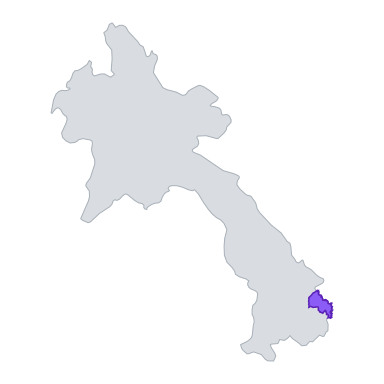 location of Dakcheung, Xékong, Laos
{"feature_id": "54806243B33031915083472", "entity_name": "Dakcheung", "entity_type": "district", "adm_level": 2, "iso_a3": "LAO", "parent_name": "Laos", "parent_adm1": "Xékong", "projection": "mercator", "projection_center": [107.512, 15.387], "detail": "fine", "context": "in_parent", "style": "filled", "palette": "violet", "viewbox_px": 384, "rotation_deg": 0, "n_neighbors": 0, "source": "geoboundaries", "source_scale": "gbopen_adm2", "svg_char_len": 7727}
<svg xmlns="http://www.w3.org/2000/svg" viewBox="0 0 384 384"><path d="M126.3,27.7L128.4,31.6L138.1,42.0L139.8,44.8L143.3,46.9L146.3,56.1L147.5,56.7L149.2,56.0L150.4,54.7L151.4,51.2L152.1,50.8L153.2,53.7L155.9,54.6L157.1,55.9L157.4,58.1L157.0,60.4L154.7,65.6L153.4,72.6L162.8,87.6L166.8,89.6L176.3,92.1L182.7,95.4L185.7,94.6L188.5,90.9L191.9,88.8L198.3,85.6L200.1,85.4L203.6,86.7L209.4,90.4L218.1,97.4L217.8,99.2L216.3,101.0L211.6,103.8L210.1,105.6L211.0,106.2L214.9,106.7L219.5,108.2L220.9,110.1L221.7,114.2L222.5,115.0L226.7,114.5L228.0,115.1L229.6,116.4L231.1,119.9L231.0,122.4L226.8,127.0L226.3,129.7L224.1,132.9L218.3,138.3L216.8,138.6L206.1,135.7L197.5,136.1L196.8,137.2L198.3,140.5L198.7,143.7L197.4,146.2L192.5,149.4L192.3,150.8L193.3,152.2L200.4,155.1L223.1,170.6L233.5,173.6L238.0,175.5L239.2,176.6L239.2,178.0L238.0,179.7L237.0,182.7L236.9,184.6L238.0,186.3L239.8,188.9L246.2,194.8L250.9,196.2L255.7,202.9L257.2,208.8L259.6,212.6L271.4,225.2L281.2,233.0L287.1,241.4L289.9,243.3L290.8,246.3L291.6,255.1L295.0,259.5L295.7,261.3L297.2,262.6L298.8,262.9L302.3,260.0L303.0,260.4L304.5,265.0L305.9,266.7L311.1,269.6L316.7,275.2L319.6,277.2L323.3,278.8L323.9,280.6L323.2,282.4L322.0,283.5L315.6,286.8L314.7,288.2L319.0,295.3L329.6,304.1L332.9,309.4L332.2,311.9L329.3,317.1L327.1,318.5L326.5,320.1L328.1,324.3L327.9,330.7L325.9,332.3L324.0,336.2L322.7,336.5L319.5,335.1L312.6,341.8L309.7,341.5L306.2,345.3L301.8,345.8L298.7,343.0L292.2,338.4L289.9,335.6L287.8,338.1L284.4,340.4L279.6,339.6L278.3,343.0L277.3,343.6L271.4,344.1L270.3,344.7L271.3,347.8L274.7,353.0L275.8,356.0L273.6,361.0L267.6,360.8L264.8,358.8L261.4,354.6L253.6,351.9L248.4,353.8L246.8,353.7L242.9,350.2L241.5,347.9L240.6,344.6L246.5,341.8L249.5,339.7L251.5,337.5L252.3,335.1L253.3,325.4L254.2,321.9L253.7,317.7L252.1,314.4L252.1,309.4L252.9,305.3L255.2,303.3L256.8,300.4L257.7,293.8L257.0,292.2L254.8,290.5L251.0,289.0L248.7,287.1L247.7,284.8L247.8,282.7L248.9,281.0L246.1,279.0L239.3,276.8L235.5,274.3L234.7,271.2L231.9,267.3L227.0,262.3L224.4,255.3L224.1,246.0L224.7,238.5L226.9,229.7L224.0,223.4L220.9,220.1L216.5,217.6L212.3,214.1L208.4,209.5L203.7,202.7L198.2,193.7L194.5,189.7L192.6,190.7L188.6,189.8L182.5,187.2L177.2,185.8L172.7,185.6L169.7,186.2L168.4,187.6L168.2,188.9L169.4,190.3L168.8,191.3L166.4,192.1L164.5,193.6L162.4,196.8L160.9,201.2L158.6,202.8L155.2,203.2L151.7,204.4L148.4,206.5L146.8,208.1L147.0,209.2L146.3,209.4L144.6,208.8L143.8,207.4L143.9,205.2L142.2,203.6L138.7,202.9L134.7,200.5L127.1,194.3L125.3,194.0L122.8,195.6L119.6,199.1L116.9,200.4L114.8,199.7L113.1,201.0L112.0,204.1L109.9,206.6L99.6,213.3L90.4,221.9L88.1,222.7L82.5,220.3L80.7,218.6L88.4,201.0L89.5,196.7L89.3,191.0L86.0,186.3L85.9,184.9L86.4,183.4L90.3,177.9L94.9,163.7L94.6,159.3L92.6,154.5L91.5,149.9L92.4,143.6L92.1,141.1L89.9,139.9L82.9,138.6L78.8,139.7L76.9,141.4L74.6,142.5L70.1,143.0L66.0,140.9L62.5,137.3L61.6,132.9L66.0,123.3L67.1,119.6L66.9,117.9L66.2,116.1L65.1,115.8L62.9,113.6L60.7,109.6L58.6,107.8L56.7,108.1L54.9,109.6L52.0,113.4L51.1,112.9L53.6,99.7L56.1,94.0L58.9,91.4L62.0,90.3L65.2,90.7L67.9,90.2L70.0,88.9L69.9,88.1L67.3,87.9L66.3,86.4L66.8,83.5L67.9,81.7L69.7,80.9L71.4,78.0L73.0,73.2L75.0,70.7L77.4,70.6L81.4,68.6L87.2,64.4L89.3,60.5L91.5,62.3L90.7,66.9L91.8,67.9L92.4,69.5L92.1,72.1L92.5,74.3L93.4,75.3L94.7,75.9L100.7,74.0L104.4,73.9L110.5,77.2L114.1,74.7L114.1,73.8L111.2,70.6L112.1,58.9L111.7,50.0L106.7,43.5L105.7,40.8L105.2,36.5L103.8,32.8L107.3,29.8L109.3,24.4L111.8,23.0L112.6,23.2L115.6,27.4L119.5,25.3L122.5,25.3L125.0,26.4L126.3,27.7Z" fill="#d9dde1" stroke="#a8b0b8" stroke-width="1"/><path d="M328.0,317.8L328.3,317.7L328.5,317.5L328.7,317.4L329.3,317.6L329.7,317.9L329.9,317.9L330.1,318.1L330.4,318.2L330.5,318.2L330.5,317.9L330.6,317.7L330.8,317.5L330.7,317.4L330.8,317.3L331.0,317.4L331.2,317.5L331.4,317.4L331.5,317.5L331.8,317.3L331.5,316.9L331.5,316.7L331.4,316.7L331.1,316.3L331.1,316.1L330.9,315.9L331.6,315.3L331.8,315.3L331.8,315.2L331.7,314.8L331.7,314.7L331.4,314.4L331.2,314.1L331.4,314.2L331.7,314.2L331.8,314.1L331.9,313.8L331.8,313.7L332.0,313.5L331.8,313.4L331.7,313.4L331.6,313.1L331.4,312.9L331.4,312.7L331.0,312.1L330.9,312.1L330.8,311.9L330.7,311.9L330.5,311.7L330.4,311.7L330.5,311.5L330.6,311.4L330.8,311.4L330.7,311.2L330.8,311.1L330.9,311.3L331.1,311.4L331.3,311.2L331.6,311.0L331.8,311.0L331.8,310.9L331.7,310.7L331.8,310.6L332.1,310.5L332.2,310.4L331.9,310.4L331.9,310.0L331.7,309.8L331.7,309.7L331.7,309.4L331.7,309.1L331.7,308.9L331.6,308.5L331.5,308.1L331.7,307.9L331.8,307.9L331.7,307.6L331.8,307.4L332.1,307.3L332.2,307.2L332.3,306.9L332.2,306.9L332.1,306.7L332.0,306.4L331.8,306.4L331.8,306.5L331.6,306.5L331.5,306.4L331.3,306.3L331.3,306.2L331.2,305.9L331.2,305.7L331.2,305.4L331.2,305.2L331.3,305.1L331.2,304.9L331.1,304.7L331.0,304.8L330.9,304.7L331.0,304.3L331.2,304.2L331.3,304.1L331.5,304.0L331.5,303.8L331.5,303.7L331.8,303.4L331.9,303.2L331.4,303.1L331.1,303.0L330.8,303.3L330.6,303.3L330.0,303.8L329.9,303.9L329.6,304.0L329.1,303.8L329.0,303.6L328.7,303.6L328.4,303.6L328.3,303.4L328.1,303.3L327.9,303.2L327.9,302.8L328.1,302.7L328.2,302.3L328.2,302.2L328.1,301.6L327.9,301.4L327.7,301.0L327.6,300.9L327.1,300.9L327.1,300.7L326.9,300.7L326.5,300.8L326.4,300.8L326.4,300.6L326.5,300.5L326.6,300.4L326.5,300.2L326.4,300.3L326.2,300.1L325.8,299.9L325.8,300.0L325.5,299.8L325.3,299.8L325.2,299.8L324.9,299.8L324.7,299.8L324.7,300.0L324.6,300.3L324.3,300.2L324.2,300.3L324.1,300.2L323.9,300.2L323.5,300.2L323.3,300.2L323.2,300.1L322.8,300.2L322.7,299.9L322.7,299.7L322.6,299.4L322.7,299.2L322.5,298.7L322.4,298.4L322.3,298.2L322.2,298.1L322.1,297.9L322.1,297.7L322.2,297.3L322.2,297.2L321.9,297.2L321.7,297.2L321.4,297.1L321.3,296.9L321.5,296.8L321.4,296.8L321.5,296.7L321.7,296.4L321.6,296.0L321.3,295.9L321.4,295.6L321.2,295.4L321.1,295.2L320.8,295.1L320.6,295.1L320.4,295.0L320.1,295.1L319.9,295.0L319.4,295.1L319.2,295.0L319.1,294.9L318.8,294.7L318.9,294.4L318.9,294.2L318.6,293.9L318.5,294.0L318.4,293.9L318.6,293.3L318.7,293.2L318.9,292.9L318.8,292.7L318.7,292.6L318.9,292.3L318.9,292.2L318.7,292.1L318.9,292.0L318.9,291.9L318.7,291.9L318.5,291.7L318.5,291.3L318.4,291.4L318.2,291.3L317.8,291.2L317.9,290.9L318.0,290.8L318.0,290.7L317.9,290.5L317.9,290.4L317.6,290.4L317.4,290.5L317.3,290.4L317.1,290.5L315.5,291.7L314.5,292.4L313.2,292.9L312.7,293.5L311.0,295.6L309.3,297.1L309.3,297.4L308.8,297.8L308.8,298.5L308.9,299.5L308.6,301.3L308.6,301.8L309.0,302.7L309.0,303.1L309.0,303.4L308.8,303.7L308.7,304.0L308.7,304.6L309.0,305.3L309.1,305.5L309.0,306.4L308.8,307.4L309.1,307.3L309.4,306.8L309.9,306.5L310.5,306.4L310.8,306.4L311.2,306.8L312.1,306.9L312.9,307.4L313.5,307.4L313.9,307.3L314.4,307.2L315.4,307.2L315.7,307.1L316.0,306.9L316.7,307.0L317.1,306.9L317.5,306.9L317.7,307.0L318.1,307.1L318.4,307.9L318.3,308.2L318.3,309.1L318.4,309.4L318.3,309.6L318.4,309.8L318.4,310.1L318.5,310.1L318.7,310.3L318.8,310.5L319.1,310.8L319.3,311.0L319.5,311.5L319.9,311.6L319.9,311.9L320.1,312.1L320.1,312.3L320.3,312.4L320.5,312.3L320.9,312.3L321.2,312.4L321.3,312.4L321.7,312.6L321.8,312.7L322.1,313.0L322.2,312.8L322.5,313.0L322.9,313.0L323.1,312.8L323.3,312.8L323.3,312.5L323.6,312.3L323.7,312.0L323.9,311.8L324.0,311.6L324.3,311.4L324.5,311.2L324.8,311.1L325.1,310.5L325.3,310.4L325.4,310.5L325.5,310.5L325.8,311.0L325.7,311.3L325.8,311.4L326.0,311.5L326.0,311.8L325.9,312.0L326.0,312.2L326.4,312.8L326.5,313.1L326.4,313.2L326.5,313.5L326.5,313.8L326.7,313.7L326.8,313.6L326.9,313.8L326.9,314.4L326.9,314.5L327.2,314.4L327.3,314.5L327.4,314.4L327.6,314.4L327.8,314.5L328.1,314.7L328.1,314.9L328.4,315.4L328.4,315.7L328.5,315.9L328.4,316.1L328.5,316.3L328.5,316.7L328.2,316.7L328.1,316.8L328.1,317.1L328.1,317.4L328.1,317.6L328.0,317.8Z" fill="#8b5cf6" stroke="#5b21b6" stroke-width="1.5"/></svg>